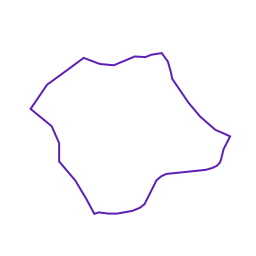 Dún Laoghaire–Rathdown, Mercator projection, rotated 324°
{"feature_id": "IRL-5576", "entity_name": "Dún Laoghaire–Rathdown", "entity_type": "County", "adm_level": 1, "iso_a3": "IRL", "parent_name": "Ireland", "parent_adm1": "", "projection": "mercator", "projection_center": [-6.178, 53.255], "detail": "fine", "context": "isolated", "style": "outline", "palette": "violet", "viewbox_px": 256, "rotation_deg": 324, "n_neighbors": 0, "source": "natural_earth", "source_scale": "10m", "svg_char_len": 606}
<svg xmlns="http://www.w3.org/2000/svg" viewBox="0 0 256 256"><g transform="rotate(324 128 128)"><path d="M133.3,45.2L142.9,59.7L153.4,68.9L175.5,74.1L183.8,80.9L189.8,82.4L199.3,87.2L199.3,97.7L195.3,108.6L192.7,114.0L191.8,143.2L193.1,161.3L197.6,180.8L205.7,194.8L192.9,201.3L184.7,208.2L181.7,210.1L177.5,210.8L172.9,209.9L166.4,207.6L132.0,187.7L126.7,186.6L120.4,187.0L96.7,199.3L90.6,199.5L82.6,197.5L69.0,190.9L62.4,186.2L54.7,179.1L50.3,177.6L52.6,160.7L54.5,139.3L52.6,114.6L63.4,99.8L67.3,81.7L60.4,55.3L88.0,45.4L111.7,45.4L133.3,45.2Z" fill="none" stroke="#5b21b6" stroke-width="2"/></g></svg>